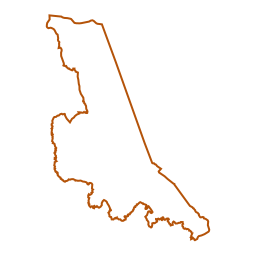 the district of Qibing, Mafeteng, Lesotho, rotated 182°
{"feature_id": "5366337B9328437172826", "entity_name": "Qibing", "entity_type": "district", "adm_level": 2, "iso_a3": "LSO", "parent_name": "Lesotho", "parent_adm1": "Mafeteng", "projection": "robinson", "projection_center": [27.156, -29.771], "detail": "fine", "context": "isolated", "style": "outline", "palette": "amber", "viewbox_px": 256, "rotation_deg": 182, "n_neighbors": 0, "source": "geoboundaries", "source_scale": "gbopen_adm2", "svg_char_len": 5697}
<svg xmlns="http://www.w3.org/2000/svg" viewBox="0 0 256 256"><g transform="rotate(182 128 128)"><path d="M210.4,237.8L210.1,233.8L212.4,230.2L212.7,228.2L212.7,226.6L212.3,225.8L211.1,225.0L208.9,225.5L207.9,225.3L205.8,224.3L204.8,223.2L202.9,219.8L201.6,218.9L200.9,215.2L201.1,213.8L200.8,212.7L199.6,211.4L199.9,209.6L199.6,208.6L200.1,205.5L198.3,205.9L197.6,205.1L197.1,204.1L197.0,202.9L197.5,201.0L197.3,197.6L194.4,190.4L194.3,189.3L194.7,188.2L194.0,187.9L193.5,188.2L192.2,187.3L191.8,187.6L191.1,186.3L190.4,186.0L190.0,185.4L189.3,185.1L188.8,185.3L188.3,184.7L185.9,183.7L185.6,183.7L185.1,184.3L184.8,185.5L183.6,185.5L183.7,184.6L182.5,183.3L182.3,182.5L180.0,181.7L180.1,177.5L179.3,174.4L178.7,170.3L178.0,168.2L177.8,164.5L176.3,160.5L173.7,156.7L173.4,154.5L173.9,153.3L173.7,152.9L173.0,152.9L172.4,151.3L172.5,151.1L171.5,150.3L171.4,149.6L170.7,148.6L170.4,145.8L170.0,144.8L169.4,144.1L169.6,142.9L169.1,142.7L169.3,141.6L169.6,141.5L170.7,141.6L171.3,142.3L172.0,142.0L172.6,142.1L172.7,142.3L173.2,141.8L174.5,141.6L175.2,141.9L175.9,141.7L176.3,142.0L178.0,142.0L177.3,140.7L179.7,139.6L181.7,137.8L182.2,136.8L184.4,135.1L186.2,131.6L189.6,135.2L191.3,138.2L191.6,139.7L192.2,139.9L193.7,139.3L194.7,139.9L196.1,139.5L197.7,138.0L198.9,137.9L200.3,136.6L202.0,136.4L202.7,135.5L203.9,132.6L203.5,130.2L204.5,129.1L204.2,128.2L204.3,127.7L203.5,127.2L203.4,126.8L203.9,125.7L203.7,125.1L204.4,124.7L203.9,123.9L204.2,121.0L203.8,120.7L203.5,119.8L204.2,119.5L204.2,119.2L203.8,118.7L203.3,119.1L203.0,118.9L203.7,117.8L203.0,117.2L202.9,116.4L203.2,115.7L202.9,115.1L203.4,112.2L202.3,111.0L202.2,110.7L202.5,110.2L200.9,109.6L200.2,106.9L199.0,105.5L199.1,105.2L199.9,104.6L199.1,103.4L199.3,103.0L199.9,103.2L200.0,102.8L199.9,102.2L199.6,101.8L199.7,101.2L200.3,101.2L200.6,100.9L200.6,100.2L200.2,99.8L199.5,98.0L199.0,97.6L199.1,96.6L198.8,96.0L199.2,95.6L200.2,95.6L200.2,95.0L199.1,94.9L199.3,94.3L199.7,94.5L200.0,94.1L199.0,93.5L198.9,92.6L198.4,92.3L200.1,91.3L200.0,90.4L200.4,88.0L199.6,87.1L200.1,85.5L199.4,85.0L199.9,84.1L199.1,82.8L199.1,82.1L198.8,81.7L198.3,81.9L196.8,81.0L196.8,80.6L197.2,80.1L196.5,79.4L196.7,78.7L196.5,78.2L194.9,76.7L193.7,76.1L193.7,75.1L193.5,74.8L192.6,74.7L192.2,74.0L191.1,73.6L190.6,72.7L189.1,72.1L188.8,72.3L188.7,72.7L187.2,73.0L186.3,73.5L185.5,74.6L184.2,74.3L183.1,74.8L181.1,75.0L178.9,74.1L178.7,73.6L177.7,73.8L176.2,73.5L173.4,73.8L171.2,72.9L169.6,72.8L167.8,72.3L167.2,71.9L166.6,70.6L166.0,70.2L165.5,70.2L165.1,70.6L165.0,71.5L164.8,71.7L163.8,71.8L162.5,71.4L161.7,70.4L161.9,66.2L161.6,65.7L160.8,65.3L161.6,64.2L161.1,62.7L162.3,62.1L161.9,61.2L162.7,60.4L163.8,59.8L164.8,60.5L165.4,59.3L165.3,58.4L165.4,57.5L164.3,56.7L164.7,56.2L164.5,55.8L164.9,54.2L164.6,52.4L165.1,52.0L165.1,51.7L163.9,50.5L164.0,50.0L164.4,49.8L163.9,48.8L162.7,47.6L161.9,48.4L160.6,48.4L160.3,47.1L159.1,46.6L158.7,47.5L159.2,48.8L158.9,49.0L158.3,48.4L157.4,48.0L157.0,48.0L156.3,48.8L154.6,47.4L154.0,47.4L152.7,48.3L151.5,50.0L151.6,51.9L150.7,54.0L149.5,55.2L148.8,54.9L147.4,54.1L146.5,53.2L146.1,52.1L144.4,49.6L143.3,47.3L143.2,46.4L142.9,46.4L142.4,45.8L142.2,45.1L143.8,44.2L143.7,43.5L144.6,42.7L144.3,42.3L144.2,41.6L143.7,41.2L143.5,40.2L143.5,39.1L142.8,38.6L141.7,38.4L141.1,36.1L139.3,36.1L138.4,37.2L137.5,37.7L137.0,37.2L136.0,38.1L135.8,37.3L135.1,37.2L133.9,36.3L132.4,36.4L131.6,35.4L130.7,35.0L129.3,35.2L128.6,36.0L128.3,35.9L127.8,36.3L127.2,36.4L127.0,37.3L127.4,38.1L128.4,39.2L128.2,39.7L127.8,39.8L126.3,39.3L124.9,40.0L124.8,40.5L125.3,40.9L125.1,41.4L124.5,41.8L123.3,41.7L122.8,42.5L122.7,43.3L122.1,43.4L121.5,44.4L120.7,44.7L119.9,45.9L120.0,46.5L119.4,47.1L119.4,48.0L118.9,49.1L118.0,49.2L118.0,50.2L116.5,51.0L116.5,52.0L115.5,52.2L113.8,54.0L113.1,54.3L111.2,53.3L110.5,53.3L110.1,52.5L109.6,52.6L107.1,51.8L106.9,51.3L107.8,48.3L107.6,47.7L106.9,47.7L105.9,48.4L105.7,50.4L104.8,50.6L102.3,47.5L100.7,45.2L100.6,44.7L101.0,44.2L101.8,43.8L102.6,44.2L103.0,45.0L103.7,45.5L104.1,45.5L104.9,45.1L106.0,41.5L107.6,39.9L106.2,37.8L106.0,36.8L105.3,36.2L104.2,34.6L104.3,32.2L103.4,30.4L102.1,29.9L101.5,29.4L100.8,29.9L100.3,32.1L100.5,33.1L100.4,33.6L99.1,34.0L98.3,33.7L97.8,33.9L96.9,34.7L96.1,35.0L95.5,36.1L95.5,36.6L96.8,37.4L96.8,38.0L95.3,37.8L95.0,38.3L94.5,38.5L93.3,37.7L91.9,38.8L91.5,38.7L91.1,37.2L90.8,37.1L90.4,37.5L90.8,38.7L90.7,39.5L90.4,39.9L90.0,39.9L89.7,39.9L88.7,37.9L88.1,37.5L87.6,37.6L86.4,38.7L84.9,39.0L84.3,38.7L84.0,38.1L85.1,37.0L85.0,36.0L84.1,35.4L83.3,33.7L82.6,33.6L82.0,32.1L79.9,32.8L80.2,33.8L80.0,34.9L79.7,35.6L79.1,36.1L77.9,35.3L77.7,34.8L77.0,34.2L75.2,34.4L74.0,35.0L72.6,35.1L71.9,35.9L70.1,35.9L70.1,35.3L69.6,34.1L70.2,33.8L70.3,33.4L70.1,31.6L69.5,31.2L69.0,29.7L68.0,29.2L67.0,29.6L66.0,28.9L64.9,29.2L63.9,28.8L63.4,28.3L63.3,27.6L62.5,27.6L62.0,27.3L61.7,26.7L61.1,26.5L60.5,24.9L60.1,24.9L61.1,22.3L60.6,21.4L61.5,20.8L60.9,19.9L61.0,19.1L60.1,19.5L59.3,20.5L57.9,19.2L57.6,18.4L57.2,18.2L54.9,19.6L54.5,21.2L53.5,22.4L50.8,23.2L47.8,24.6L43.9,27.2L43.4,28.1L43.3,29.4L44.8,33.7L44.6,37.3L45.1,38.5L47.3,39.9L49.0,40.3L49.3,41.4L50.1,41.7L52.2,41.2L52.8,41.4L54.1,43.3L54.1,44.3L54.7,44.7L55.4,45.7L56.6,46.1L57.3,46.6L57.9,47.5L58.0,48.2L58.9,49.0L59.6,50.0L60.2,50.1L60.8,51.0L63.4,52.3L79.6,73.0L79.7,73.7L80.5,73.9L86.6,78.4L89.8,81.1L95.4,84.6L95.8,85.7L93.6,88.4L97.6,90.9L97.9,91.4L99.1,92.6L99.9,92.7L100.9,93.7L101.7,93.5L102.6,93.9L110.8,113.4L142.4,193.2L157.7,230.7L162.2,231.1L163.4,231.6L166.1,233.9L167.4,234.4L169.0,234.0L170.6,233.0L178.1,231.2L180.0,230.9L183.4,230.9L185.2,231.2L188.6,234.9L189.5,235.2L192.4,235.7L195.5,235.8L197.4,236.3L198.4,237.0L210.4,237.8Z" fill="none" stroke="#b45309" stroke-width="2"/></g></svg>